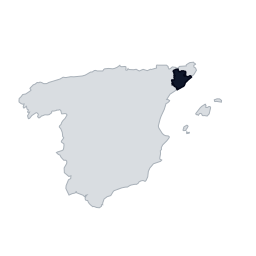 Barcelona on a map of Spain (Robinson projection), rotated 344°
{"feature_id": "ESP-5809", "entity_name": "Barcelona", "entity_type": "Autonomous Community", "adm_level": 1, "iso_a3": "ESP", "parent_name": "Spain", "parent_adm1": "", "projection": "robinson", "projection_center": [1.935, 41.755], "detail": "fine", "context": "in_parent", "style": "filled", "palette": "ink", "viewbox_px": 256, "rotation_deg": 344, "n_neighbors": 0, "source": "natural_earth", "source_scale": "10m", "svg_char_len": 5449}
<svg xmlns="http://www.w3.org/2000/svg" viewBox="0 0 256 256"><g transform="rotate(344 128 128)"><path d="M137.4,65.5L137.4,66.1L138.5,67.3L142.0,68.0L142.8,68.5L142.6,70.1L141.8,71.5L142.5,72.1L143.3,72.1L144.4,70.9L144.6,71.7L146.1,72.4L149.6,73.6L152.0,73.8L154.5,76.3L158.7,75.8L162.4,78.2L165.8,77.7L166.6,78.2L172.0,78.2L172.3,76.3L173.0,75.5L182.3,78.2L183.5,79.9L183.3,80.7L183.7,82.7L185.0,82.6L187.4,81.5L190.6,82.9L191.5,84.1L192.1,84.2L194.6,83.0L201.1,84.4L201.3,83.5L201.8,83.2L204.5,82.4L205.6,82.2L209.1,82.8L209.5,83.9L210.2,84.4L210.5,85.3L208.5,85.9L208.2,87.6L209.5,89.0L209.7,91.4L206.2,94.6L196.2,99.9L192.9,103.1L185.4,104.7L177.7,107.1L173.0,111.3L174.2,111.6L175.6,113.1L175.1,113.7L173.1,114.7L171.3,115.0L167.9,120.2L163.2,125.6L161.4,128.1L157.7,134.4L157.6,136.3L159.4,142.6L160.4,144.3L161.9,145.7L164.6,146.8L165.3,148.0L164.4,149.1L161.6,151.1L156.7,153.8L154.7,155.9L154.2,157.9L152.8,158.8L152.2,161.7L150.2,165.7L150.1,166.7L151.6,168.1L150.1,169.0L142.6,169.4L138.0,172.5L135.6,175.3L133.5,180.4L130.9,183.4L129.7,184.0L128.0,182.6L125.8,182.4L123.7,182.9L122.6,183.9L120.8,184.5L119.2,184.0L115.5,183.7L113.9,183.8L111.3,184.6L109.1,184.1L105.5,183.8L97.5,184.4L96.5,184.8L92.8,188.2L89.0,188.3L85.4,189.7L83.0,193.1L82.5,194.9L81.8,194.4L81.3,194.6L80.9,195.9L78.5,196.8L75.8,195.7L73.6,194.0L72.4,193.9L70.6,191.3L69.8,189.7L69.3,187.9L69.3,186.6L67.6,185.9L67.2,184.3L68.5,182.1L70.2,181.0L68.7,181.0L67.5,182.4L66.2,180.2L60.5,175.9L60.9,174.4L59.8,175.6L59.2,175.9L56.2,175.7L52.8,176.2L51.6,169.0L52.6,166.4L56.5,161.4L59.0,160.8L60.0,158.2L57.8,158.3L54.5,153.4L55.6,148.8L59.1,145.4L59.8,144.0L59.9,142.7L59.3,141.8L57.4,141.3L55.6,137.7L55.2,135.4L53.7,134.1L52.4,131.9L53.6,131.6L58.6,131.5L59.8,131.0L60.7,129.5L61.7,127.0L62.0,125.5L60.2,123.3L60.1,122.9L60.4,122.2L63.5,119.8L62.9,118.0L63.6,114.3L63.4,112.1L63.2,110.3L62.2,108.0L62.9,107.0L64.5,106.2L65.8,104.4L67.7,102.8L70.1,101.5L73.0,98.7L72.6,97.5L71.6,96.8L68.3,96.2L68.1,95.7L68.2,92.7L67.4,91.5L66.1,91.6L64.3,91.1L63.8,91.4L61.4,91.3L59.8,90.8L59.1,91.2L58.8,92.3L56.0,93.4L54.4,93.3L51.8,92.4L48.9,92.7L48.5,92.5L46.0,93.7L45.1,93.8L44.2,92.3L45.6,90.1L44.5,88.1L43.8,88.0L39.0,89.5L36.2,91.5L35.1,91.7L34.8,91.4L34.8,88.6L37.8,85.6L36.0,85.4L36.1,84.5L37.3,83.2L36.2,82.1L36.3,79.1L33.8,80.1L33.1,79.9L33.1,78.7L34.8,76.3L33.2,76.0L32.0,75.1L30.5,73.1L30.6,72.1L31.5,69.7L33.8,68.5L36.0,66.8L39.0,67.1L43.5,65.7L45.1,65.0L45.1,63.9L44.6,63.2L45.1,62.5L48.8,60.4L50.9,60.2L53.2,59.2L54.7,59.9L56.0,59.6L57.4,60.4L59.3,62.2L62.1,62.9L64.5,62.4L76.2,62.2L79.6,61.3L82.1,62.4L87.1,62.9L90.1,63.9L98.4,65.4L101.4,65.4L107.5,63.9L109.1,64.3L111.5,63.5L112.7,63.7L114.2,64.7L119.5,66.2L120.9,65.0L121.9,64.7L125.8,65.4L129.6,66.9L131.6,67.0L134.5,66.6L137.4,65.5ZM208.4,129.6L209.8,130.2L211.3,129.7L212.1,129.8L212.8,130.1L213.0,131.3L209.9,136.8L207.4,138.3L204.8,137.1L203.4,136.8L202.9,136.4L202.6,134.6L201.9,134.0L200.9,133.8L199.0,135.2L198.4,134.2L197.4,134.1L197.1,133.5L197.1,132.8L203.1,128.4L204.9,127.5L208.6,126.4L209.1,126.6L208.7,127.2L209.2,127.8L208.4,129.6ZM225.5,127.3L224.9,128.9L220.4,126.8L218.9,126.6L218.6,126.3L218.7,124.7L221.7,124.5L224.1,125.3L225.5,127.3ZM183.6,145.2L183.0,146.3L180.8,145.9L180.3,145.4L180.8,144.2L181.4,144.0L181.5,143.2L182.2,142.3L185.3,141.5L186.0,142.1L186.2,143.0L184.3,144.9L183.6,145.2ZM185.7,149.6L185.4,149.8L183.0,149.6L182.9,148.9L183.4,147.8L184.3,148.9L185.7,149.0L185.7,149.6Z" fill="#d9dde1" stroke="#a8b0b8" stroke-width="1"/><path d="M202.9,96.7L201.1,97.4L198.2,98.7L197.9,99.0L197.0,99.5L196.0,99.9L195.5,100.2L195.2,100.7L194.5,101.8L194.0,102.4L193.6,102.8L192.6,103.3L192.0,103.4L191.0,103.5L190.0,103.8L189.7,103.9L189.6,104.0L189.1,104.0L186.2,104.7L186.3,104.3L186.2,104.2L185.7,104.1L185.5,103.8L185.6,103.7L186.0,103.6L186.1,103.3L186.1,103.2L185.7,102.8L185.4,102.2L185.4,101.8L185.3,101.7L185.0,101.3L184.2,100.9L184.0,100.6L184.2,100.1L184.2,99.7L183.9,99.5L183.1,99.2L183.0,98.9L183.4,98.4L183.5,98.1L183.3,97.9L182.9,98.0L183.1,97.7L182.8,97.5L182.6,97.5L182.6,97.2L182.9,97.0L183.5,96.9L183.1,95.7L183.1,94.3L183.2,94.2L183.3,94.0L183.5,94.0L183.7,93.9L183.8,94.0L184.1,94.3L184.6,94.3L185.1,94.6L185.3,94.6L186.3,93.5L186.4,93.3L186.4,93.1L186.1,92.5L186.1,92.3L186.5,91.7L186.5,91.3L186.6,91.1L186.8,91.0L187.3,91.0L187.4,90.9L187.5,90.8L187.6,90.7L187.5,90.4L187.4,90.3L186.9,90.5L186.8,90.4L186.7,90.2L186.8,90.1L187.1,89.8L187.2,89.7L187.2,89.3L187.2,89.0L187.2,88.9L187.3,88.9L187.5,88.8L187.5,88.7L187.4,88.1L187.5,88.1L187.5,87.9L187.7,87.7L187.8,87.6L187.9,87.3L187.9,87.2L187.4,86.9L187.2,86.7L187.1,86.0L187.1,85.9L187.6,85.3L189.4,85.0L190.4,84.8L190.8,84.9L191.3,85.2L191.5,85.2L191.9,85.1L192.1,85.2L192.3,85.2L192.3,85.3L192.3,85.6L192.3,85.8L192.1,86.0L192.0,86.4L192.0,86.5L192.3,86.8L192.4,87.0L192.5,87.2L192.5,87.7L192.5,87.9L192.6,88.0L193.0,88.0L193.5,88.3L194.0,88.2L194.6,88.2L194.8,88.0L195.0,87.9L195.7,87.9L195.8,88.0L195.9,88.3L196.1,88.4L196.4,88.4L196.9,88.3L197.5,89.0L198.3,89.1L198.6,89.3L198.8,89.6L198.9,90.0L198.9,90.4L198.7,90.6L198.0,91.3L198.1,91.5L198.4,91.8L198.3,92.0L198.1,92.4L197.8,92.4L197.4,92.7L197.2,92.7L196.5,92.4L196.5,92.5L196.4,92.6L196.2,92.8L196.3,93.2L196.4,93.5L196.7,93.8L196.9,94.0L197.0,94.0L197.4,93.9L198.0,93.9L199.6,95.4L200.9,95.2L201.3,94.9L201.6,94.9L201.8,94.9L202.5,95.1L202.8,95.4L202.9,95.7L202.8,95.8L202.7,96.0L202.9,96.7Z" fill="#0f172a" stroke="#020617" stroke-width="1.5"/></g></svg>